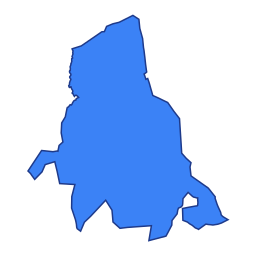 Kunchi, Kano, Nigeria
{"feature_id": "59680162B19874744513454", "entity_name": "Kunchi", "entity_type": "district", "adm_level": 2, "iso_a3": "NGA", "parent_name": "Nigeria", "parent_adm1": "Kano", "projection": "equal_earth", "projection_center": [8.25, 12.468], "detail": "fine", "context": "isolated", "style": "filled", "palette": "blue", "viewbox_px": 256, "rotation_deg": 0, "n_neighbors": 0, "source": "geoboundaries", "source_scale": "gbopen_adm2", "svg_char_len": 2942}
<svg xmlns="http://www.w3.org/2000/svg" viewBox="0 0 256 256"><path d="M228.0,219.7L224.5,217.6L222.6,216.4L221.2,214.9L220.6,212.2L217.9,206.3L217.1,204.3L215.1,198.3L215.2,196.8L208.3,188.1L192.0,176.6L191.0,175.8L190.0,167.0L191.0,162.7L186.3,158.4L186.2,158.3L181.7,153.2L179.5,118.6L173.7,111.1L173.6,110.9L167.7,102.5L163.5,100.5L158.4,98.0L152.8,95.5L150.6,87.9L149.2,82.9L147.7,78.5L145.9,79.3L145.3,77.4L144.1,74.0L144.9,73.5L146.2,72.5L146.7,72.0L146.4,70.3L145.6,64.4L144.9,57.9L144.0,50.4L143.5,47.6L142.6,38.5L139.8,28.4L138.9,19.3L132.9,15.4L119.1,22.3L112.9,23.8L106.6,26.4L104.4,31.6L101.8,31.8L81.3,45.9L72.1,48.8L72.3,49.7L72.7,50.2L73.0,50.8L72.9,51.8L72.7,52.9L73.0,53.8L72.7,54.7L72.0,56.6L72.4,57.3L72.6,58.0L71.7,58.7L71.7,59.8L71.7,60.7L71.8,61.4L71.4,62.5L71.2,63.4L70.8,63.9L70.9,64.6L70.5,65.8L70.1,66.7L70.2,67.5L70.4,68.5L70.3,69.2L70.3,70.1L70.2,70.6L69.8,70.6L69.6,70.9L69.5,71.3L69.5,71.9L69.6,72.3L69.8,72.8L70.1,73.2L70.4,73.4L70.7,73.8L70.8,74.3L70.9,74.7L70.8,75.2L70.5,75.7L70.2,76.1L69.9,76.4L69.7,76.8L69.7,77.4L70.0,77.9L70.3,78.5L70.6,78.8L70.9,79.2L70.7,79.8L70.5,80.3L70.3,80.7L70.0,81.1L69.9,81.8L69.6,82.5L69.5,83.2L69.5,84.0L69.5,84.6L69.3,84.9L69.0,85.2L68.7,85.7L68.8,86.2L69.0,86.5L69.2,87.2L69.4,87.4L69.7,87.5L70.1,87.3L70.4,87.0L70.7,86.8L71.1,86.9L71.1,87.3L71.3,87.9L71.5,88.5L71.7,89.0L72.0,89.5L72.3,89.8L72.5,90.2L72.7,90.8L72.8,91.3L72.7,91.9L72.5,92.5L72.1,93.0L72.3,93.4L72.6,93.6L73.0,93.9L73.4,94.2L73.5,94.9L73.9,95.6L74.4,96.4L74.9,95.8L75.4,95.4L76.0,95.2L76.5,95.4L77.2,96.0L78.1,96.8L78.6,97.5L77.2,98.1L76.7,98.5L76.2,98.8L76.1,99.1L76.0,99.8L75.7,100.1L75.3,100.1L74.5,100.4L73.8,100.9L73.2,101.8L72.7,102.6L72.2,103.7L71.6,104.8L71.2,105.0L70.2,104.7L69.6,105.4L69.1,106.1L68.7,106.6L68.4,107.0L67.9,107.2L67.4,107.4L67.1,108.0L66.9,108.9L65.3,116.9L61.7,122.9L61.2,132.9L62.9,142.0L59.1,145.4L57.9,151.2L57.3,151.0L52.9,151.7L41.6,150.5L28.0,171.0L30.6,173.6L31.5,175.0L34.7,179.4L42.0,171.9L45.2,164.6L49.5,163.3L54.8,161.7L55.2,163.4L57.1,171.2L59.7,183.6L74.9,184.5L71.8,196.5L71.6,208.1L75.4,219.5L75.9,221.6L76.4,224.1L76.7,227.3L77.2,228.7L80.6,231.2L84.4,222.2L90.7,216.2L105.7,200.2L112.0,210.2L113.0,222.0L120.0,228.3L127.5,227.4L151.4,225.7L148.9,240.6L166.0,236.1L168.0,232.4L171.8,225.1L172.0,220.5L177.1,213.9L177.8,209.9L178.5,208.1L181.0,207.0L181.8,206.2L182.5,205.2L182.7,203.7L183.0,198.6L188.1,192.4L192.5,196.4L193.6,197.1L195.8,197.6L196.2,197.8L196.6,197.9L197.7,197.9L197.7,198.5L197.7,199.4L197.7,200.5L197.8,201.1L197.8,201.4L197.9,201.8L197.9,202.2L197.9,202.5L197.9,203.1L197.8,203.8L197.7,204.5L197.7,204.8L197.6,205.2L197.6,205.5L197.2,205.8L196.8,205.9L196.7,205.9L196.3,206.0L195.7,206.0L187.9,207.4L182.5,208.5L182.9,220.3L187.5,222.1L189.6,223.8L192.2,225.3L195.3,227.9L197.8,228.9L198.5,229.4L205.9,224.1L208.2,224.5L210.6,224.7L212.9,225.0L217.9,224.2L221.5,223.0L228.0,219.7Z" fill="#3b82f6" stroke="#1e3a8a" stroke-width="1.5"/></svg>